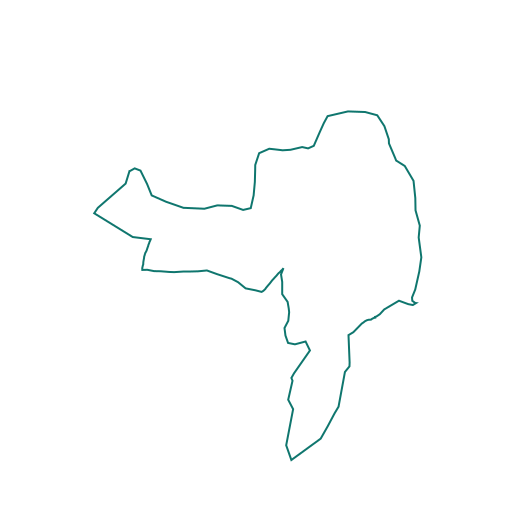 the district of Ejigbo, Osun, Nigeria, rotated 22°
{"feature_id": "59680162B4821538642969", "entity_name": "Ejigbo", "entity_type": "district", "adm_level": 2, "iso_a3": "NGA", "parent_name": "Nigeria", "parent_adm1": "Osun", "projection": "natural_earth1", "projection_center": [4.23, 7.836], "detail": "fine", "context": "isolated", "style": "outline", "palette": "teal", "viewbox_px": 512, "rotation_deg": 22, "n_neighbors": 0, "source": "geoboundaries", "source_scale": "gbopen_adm2", "svg_char_len": 2352}
<svg xmlns="http://www.w3.org/2000/svg" viewBox="0 0 512 512"><g transform="rotate(22 256 256)"><path d="M422.0,239.7L421.2,239.9L417.7,239.0L416.2,236.0L416.2,227.5L413.2,209.2L409.8,195.3L399.9,177.9L396.5,166.5L386.8,153.9L382.0,142.6L373.9,127.3L360.2,116.8L350.2,115.0L348.4,113.1L337.1,101.8L335.4,98.0L326.4,87.5L315.7,80.1L308.3,81.0L303.3,81.6L287.1,87.5L270.0,99.5L269.1,107.4L268.7,117.3L268.3,132.2L264.0,136.7L258.0,137.7L248.2,144.6L240.9,148.1L239.6,148.4L233.4,150.1L228.1,151.6L220.4,159.5L221.2,171.9L223.1,176.8L227.2,187.8L231.1,200.7L233.2,213.6L226.8,218.1L214.8,218.6L203.3,222.8L203.2,222.8L201.1,223.6L191.0,231.1L190.5,231.5L171.5,238.2L170.8,238.5L156.1,239.2L152.4,239.4L136.6,238.9L128.0,230.0L116.9,220.1L110.7,220.2L107.0,224.8L106.9,224.8L108.0,237.7L107.2,239.3L91.3,270.6L90.0,277.0L134.6,284.6L152.1,279.9L152.1,280.5L152.1,281.3L152.1,281.9L152.0,282.5L152.0,283.1L152.1,283.8L152.1,284.6L152.1,285.6L152.1,286.3L152.3,287.1L152.3,287.9L152.3,288.8L152.4,289.8L152.4,290.4L152.5,291.4L152.5,292.2L152.4,293.5L152.2,294.6L152.3,295.1L152.3,296.0L152.5,297.2L152.5,298.2L153.0,300.0L153.2,301.0L153.4,302.0L153.6,302.9L153.8,303.8L154.2,305.0L154.6,306.1L154.6,307.0L154.8,308.2L155.0,309.5L155.2,310.2L155.8,311.5L160.4,309.5L167.2,308.2L173.2,305.9L181.5,303.3L186.2,301.6L191.8,298.9L194.5,297.6L200.2,295.3L208.0,291.9L215.9,287.8L226.7,287.4L239.7,286.5L241.8,286.2L249.2,287.0L258.5,289.9L268.4,288.0L274.6,287.2L275.5,286.1L276.1,285.1L277.0,283.1L277.2,281.9L278.0,279.4L278.6,277.6L279.0,276.5L279.4,275.1L280.0,272.9L280.3,272.0L280.9,270.5L281.3,269.3L281.8,268.0L282.4,266.5L282.8,265.1L283.4,263.4L284.2,262.0L284.7,260.4L285.4,259.1L285.7,258.1L286.0,257.0L286.1,263.7L290.0,270.2L294.6,281.6L302.5,286.7L305.9,292.2L307.8,295.7L310.2,304.0L309.4,312.1L313.1,318.7L318.3,324.6L325.2,323.3L334.0,316.7L341.4,323.4L335.2,350.5L334.5,355.8L336.6,358.0L339.7,377.2L347.8,384.1L354.9,420.2L365.2,431.9L384.4,401.1L386.3,386.8L387.8,372.4L389.0,364.7L388.9,364.4L381.9,330.2L384.0,323.3L382.7,319.7L371.4,294.7L374.8,290.2L379.4,279.0L380.5,277.4L381.5,275.6L382.9,274.0L384.5,272.8L385.7,272.3L386.4,272.0L387.2,270.7L387.9,269.9L388.8,269.0L389.6,268.5L389.2,267.9L390.3,267.0L392.6,263.6L394.9,257.5L405.3,243.9L415.2,243.6L419.8,242.7L422.0,239.7Z" fill="none" stroke="#0f766e" stroke-width="2"/></g></svg>